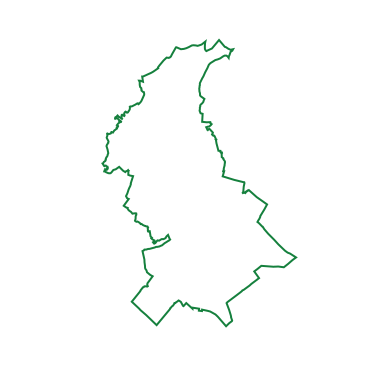 outline of Husi, Vaslui, Romania, rotated 60°
{"feature_id": "2599482B45032832471222", "entity_name": "Husi", "entity_type": "district", "adm_level": 2, "iso_a3": "ROU", "parent_name": "Romania", "parent_adm1": "Vaslui", "projection": "mercator", "projection_center": [28.068, 46.676], "detail": "fine", "context": "isolated", "style": "outline", "palette": "green", "viewbox_px": 384, "rotation_deg": 60, "n_neighbors": 0, "source": "geoboundaries", "source_scale": "gbopen_adm2", "svg_char_len": 5978}
<svg xmlns="http://www.w3.org/2000/svg" viewBox="0 0 384 384"><g transform="rotate(60 192 192)"><path d="M130.3,257.7L131.0,256.9L131.8,256.6L133.8,255.1L134.5,254.2L135.0,253.1L134.7,251.8L133.6,249.1L134.2,246.7L133.8,242.5L139.2,241.0L141.4,239.8L141.1,239.0L141.3,237.2L141.1,236.4L141.3,236.4L141.7,236.5L142.0,236.3L142.2,236.7L145.3,238.6L146.7,237.5L148.8,235.1L154.0,240.8L154.5,240.9L156.3,242.9L156.7,243.7L158.2,245.7L160.9,248.7L162.6,251.2L164.8,251.3L165.5,251.0L166.4,250.3L169.8,258.0L172.2,256.9L173.0,256.2L173.0,256.3L174.5,256.0L175.9,256.0L177.3,255.5L178.6,254.8L181.0,254.4L181.5,253.0L182.4,251.2L182.7,251.0L183.9,251.6L184.1,252.1L185.1,253.1L187.2,254.4L188.3,255.7L188.9,255.7L190.0,255.0L190.3,254.0L191.4,253.3L193.0,252.6L194.1,252.5L194.4,251.7L194.6,251.6L196.1,251.0L197.9,249.7L198.2,249.2L198.9,248.9L199.6,247.8L200.9,247.8L201.3,248.5L203.0,249.2L203.4,249.6L204.2,249.8L204.5,249.6L204.6,248.6L204.8,248.2L209.8,250.1L211.6,249.6L211.8,250.4L213.2,250.0L215.3,248.7L215.6,248.8L215.9,249.6L216.0,250.9L217.6,250.7L217.8,250.6L217.9,249.3L216.7,246.4L216.7,245.9L217.7,244.9L217.6,242.0L218.0,241.1L218.4,240.7L218.6,240.0L218.7,238.0L217.7,236.3L217.2,234.2L221.4,234.8L222.2,234.7L222.5,235.7L222.5,237.9L222.6,239.2L222.6,241.2L223.2,244.6L222.9,246.4L222.9,247.3L222.2,249.4L221.6,250.5L221.4,252.1L220.0,257.3L219.4,258.4L218.9,260.6L218.2,261.7L218.1,262.1L218.5,262.8L218.4,264.4L226.7,267.0L229.2,268.3L232.4,269.6L234.3,270.6L235.3,270.8L237.1,270.6L239.0,271.1L243.0,269.6L245.3,268.2L248.8,276.2L249.7,277.0L251.5,277.4L251.5,278.1L250.6,279.1L249.9,280.4L250.1,280.7L250.2,281.7L250.0,282.1L251.6,286.0L252.0,286.3L256.9,299.0L266.5,296.1L268.5,295.7L275.7,293.2L289.6,289.2L282.4,269.7L281.8,269.1L281.7,268.2L281.1,266.9L280.9,265.2L280.1,263.6L279.4,262.7L279.9,262.0L279.5,260.8L279.5,259.3L279.2,257.9L279.9,257.4L281.6,256.6L286.1,256.7L286.6,256.4L285.3,252.5L293.4,249.9L292.5,249.3L296.6,244.2L298.2,245.4L300.1,242.9L298.9,242.1L302.9,237.7L304.6,236.0L309.8,232.9L312.9,232.0L325.3,229.6L324.2,225.4L323.8,222.0L323.4,221.5L320.0,220.8L319.3,220.4L317.9,220.0L312.7,218.8L305.5,217.6L305.1,216.5L303.2,201.0L302.8,198.4L302.4,197.5L302.6,196.4L301.8,188.9L301.3,186.7L300.1,177.0L291.9,177.8L291.4,173.8L290.6,168.9L297.4,158.9L299.7,154.5L303.1,150.1L302.3,144.6L301.2,139.1L300.7,134.6L294.3,137.9L292.3,139.5L289.4,140.8L280.5,143.4L274.5,144.7L266.2,146.9L260.4,148.0L257.6,148.1L257.5,148.3L252.4,149.6L250.7,150.3L249.7,148.7L248.9,147.1L247.7,145.4L247.0,144.9L243.3,138.1L240.3,133.2L228.8,138.5L218.8,141.8L218.9,144.0L219.0,145.0L219.9,147.2L218.7,145.4L218.8,147.2L218.4,148.0L218.3,149.3L218.0,148.1L216.9,147.1L213.2,144.5L210.5,142.1L209.7,141.9L209.6,142.1L202.7,149.3L193.8,157.6L190.1,153.8L189.6,154.6L189.0,154.0L188.3,153.1L187.6,152.8L185.2,150.4L184.9,150.3L183.7,149.3L183.2,149.1L183.1,148.8L182.3,148.3L181.2,148.2L180.0,148.4L178.8,148.1L178.6,148.4L178.0,148.2L176.7,148.8L174.1,147.4L173.2,147.3L173.1,147.0L173.2,146.5L172.7,146.3L171.6,147.4L171.0,147.4L170.8,146.9L170.6,146.8L169.5,148.5L162.2,146.5L159.0,145.3L158.9,144.8L158.8,144.7L158.1,145.2L157.7,144.8L155.0,144.5L154.2,144.7L154.1,145.1L153.4,145.3L153.4,145.6L152.2,145.9L151.2,144.3L151.0,144.2L146.5,145.2L145.9,145.6L146.0,146.6L146.3,147.4L145.8,147.6L144.9,147.4L143.0,147.3L143.4,145.4L143.9,144.4L143.5,142.2L143.1,141.2L142.6,141.6L141.9,141.3L141.3,141.7L140.6,141.3L139.0,144.4L136.3,148.1L129.6,143.7L128.1,145.2L127.8,145.2L125.4,144.8L124.1,143.7L122.7,142.9L122.1,142.1L121.4,141.8L120.8,141.1L120.6,140.5L120.3,138.8L119.6,137.1L118.5,136.0L117.6,134.7L113.4,136.6L112.4,136.7L110.4,135.7L108.7,135.3L105.9,133.9L104.9,133.0L103.9,132.4L103.5,131.8L102.0,131.0L101.5,130.5L98.6,126.2L97.6,124.4L94.9,120.7L92.4,116.7L90.6,114.3L90.2,113.7L89.6,111.6L89.4,105.8L90.0,103.5L90.4,100.8L90.1,97.1L90.2,95.5L91.0,94.1L92.3,93.4L94.2,93.2L93.0,92.3L92.2,91.1L89.9,88.5L89.8,86.5L88.9,85.0L88.1,87.5L86.0,89.0L83.7,90.1L82.7,91.0L73.9,92.6L77.7,103.0L77.2,107.9L77.2,109.0L76.4,109.4L74.6,109.3L72.7,108.3L69.6,106.3L68.4,105.2L69.1,109.9L68.5,113.0L68.2,114.1L67.0,115.4L65.6,117.4L65.0,118.9L64.9,122.4L64.6,125.1L64.0,127.5L62.8,130.2L58.9,133.1L58.7,133.6L62.7,140.4L64.1,142.5L64.4,143.6L64.2,144.5L64.3,145.0L62.9,146.8L63.9,150.9L66.1,156.9L67.1,159.2L67.3,159.4L67.9,159.4L68.4,165.3L68.4,167.6L67.5,176.7L67.1,177.4L72.0,179.3L69.8,181.1L69.1,182.2L70.6,182.3L73.1,183.7L75.1,184.4L76.6,184.0L76.9,184.2L77.8,184.3L78.2,184.8L79.0,185.0L81.3,184.2L81.5,183.8L82.6,184.1L83.9,184.8L87.8,190.2L88.5,191.7L89.2,194.1L89.2,194.5L88.1,194.6L87.9,195.4L88.0,197.4L87.8,201.1L87.5,201.9L87.1,202.8L86.3,202.9L87.6,203.4L89.2,204.5L90.1,205.8L90.3,206.5L91.0,207.7L91.0,208.1L90.7,208.4L90.7,208.7L90.4,209.0L89.8,209.0L89.2,209.3L89.2,209.8L89.7,211.0L90.2,211.6L92.1,212.2L92.3,212.7L90.1,213.9L90.1,214.3L90.7,214.9L91.9,215.4L92.6,216.0L93.1,216.1L94.5,215.7L91.2,217.2L90.2,217.8L88.5,218.2L89.0,219.7L89.0,220.8L89.3,220.9L89.5,221.7L90.1,222.0L90.3,221.8L90.4,220.4L91.0,219.6L92.6,219.4L93.9,218.8L93.9,219.3L94.3,219.7L95.0,219.8L94.9,218.8L95.0,218.5L96.3,217.9L95.9,218.4L95.5,219.9L95.8,221.7L96.6,223.6L97.9,223.0L98.1,223.1L98.5,223.7L98.3,224.5L98.3,224.8L98.6,225.1L99.5,225.2L99.6,225.5L99.6,226.4L99.8,227.4L99.8,228.0L99.9,228.6L101.0,230.8L99.8,231.7L99.8,232.0L100.6,232.8L100.7,233.2L100.2,235.2L99.0,236.0L99.0,236.3L101.0,237.2L102.1,238.6L102.6,238.8L106.4,239.0L107.5,239.9L107.4,240.1L108.4,241.5L108.6,242.1L109.5,243.1L113.0,243.9L116.5,245.1L117.7,246.6L118.2,246.9L118.9,247.9L119.2,249.0L119.6,249.3L120.3,250.3L120.7,250.3L121.2,251.1L121.5,251.1L121.8,251.6L121.9,253.3L122.7,254.6L122.6,255.2L125.6,255.1L125.8,255.0L125.7,254.1L126.1,253.4L127.1,253.2L127.8,252.5L129.0,252.8L129.6,253.3L129.1,254.1L129.5,254.4L129.8,254.2L130.1,254.4L130.0,254.8L129.1,255.7L129.4,255.8L129.8,255.6L130.2,256.2L129.6,256.9L130.3,257.7Z" fill="none" stroke="#15803d" stroke-width="2"/></g></svg>